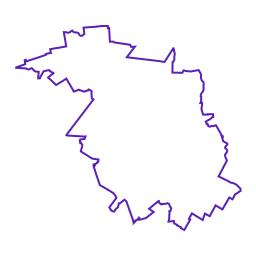 outline of Nojorid, Bihor, Romania
{"feature_id": "2599482B66064237365593", "entity_name": "Nojorid", "entity_type": "district", "adm_level": 2, "iso_a3": "ROU", "parent_name": "Romania", "parent_adm1": "Bihor", "projection": "albers", "projection_center": [21.85, 46.97], "detail": "fine", "context": "isolated", "style": "outline", "palette": "violet", "viewbox_px": 256, "rotation_deg": 0, "n_neighbors": 0, "source": "geoboundaries", "source_scale": "gbopen_adm2", "svg_char_len": 5492}
<svg xmlns="http://www.w3.org/2000/svg" viewBox="0 0 256 256"><path d="M202.7,220.0L204.9,213.6L209.7,216.2L215.6,205.4L222.4,209.4L227.7,200.3L229.3,197.5L232.5,199.3L232.7,198.9L233.3,198.0L233.8,196.8L234.2,195.7L235.1,194.6L235.1,194.3L237.6,192.9L238.9,191.9L240.6,190.8L240.4,188.5L238.8,187.1L237.1,185.3L236.4,184.6L233.5,183.2L231.7,182.8L231.2,182.8L227.4,180.7L218.6,176.4L226.9,160.6L226.4,159.3L225.4,157.2L225.2,156.4L225.1,155.2L225.0,154.8L225.9,153.5L226.8,152.2L227.1,151.6L227.3,150.7L227.1,150.0L226.6,149.4L225.9,148.8L225.5,148.4L225.3,148.1L225.1,147.8L225.1,147.5L225.5,146.5L227.3,144.7L227.3,143.5L223.3,141.3L222.3,138.2L222.0,137.2L222.9,137.0L222.5,135.8L221.5,135.8L220.7,133.5L216.0,125.3L215.5,125.3L214.9,125.6L214.5,125.8L213.8,126.1L212.9,126.2L212.2,126.0L211.9,125.9L211.5,126.0L211.0,126.2L210.4,126.6L210.2,126.6L209.8,126.6L208.5,126.3L208.3,126.1L208.4,125.8L207.6,124.0L206.9,124.3L206.5,123.7L206.0,122.2L205.8,121.6L209.4,119.5L210.8,118.6L211.4,118.1L212.5,117.1L213.2,117.0L213.0,114.2L210.0,114.2L207.8,114.2L207.7,114.2L207.7,114.6L203.1,114.6L202.5,112.6L202.1,111.3L201.9,110.7L201.7,109.8L201.4,108.4L201.4,108.2L201.6,107.6L201.9,106.7L201.9,106.4L201.9,105.9L202.1,105.1L202.2,104.4L202.1,103.3L202.0,102.9L201.5,102.9L200.4,103.0L201.2,101.4L201.1,101.2L201.0,101.3L201.2,99.9L201.3,99.3L201.1,98.6L201.1,97.9L201.2,96.7L200.6,96.2L201.0,94.5L201.6,93.1L202.6,91.9L203.0,91.1L203.2,90.5L203.7,89.3L203.5,87.4L203.5,86.7L203.5,85.4L203.8,84.7L203.6,83.8L203.7,83.1L203.3,81.9L202.1,80.9L201.5,79.8L201.1,78.3L200.9,76.8L201.1,75.4L201.0,74.6L200.5,73.2L199.8,72.2L199.3,71.1L198.9,70.5L198.6,70.1L195.2,70.7L190.7,71.5L189.9,71.4L185.8,71.0L183.9,70.4L183.5,70.5L182.4,72.8L178.1,72.7L172.4,72.6L172.6,62.0L173.1,61.9L174.3,60.0L174.3,59.7L174.3,58.6L174.3,57.4L174.4,56.1L174.8,53.9L174.3,51.8L174.0,51.1L174.1,49.7L173.6,48.9L173.5,48.6L173.5,48.4L173.3,48.3L164.5,62.0L158.5,61.0L127.1,57.3L126.8,57.2L134.9,46.7L131.4,46.9L131.1,46.8L130.5,45.6L130.2,44.8L124.9,44.0L119.6,43.2L117.6,42.9L113.6,42.2L113.4,41.9L113.3,41.7L113.1,41.6L109.9,41.7L109.1,28.1L107.9,28.1L107.8,26.0L104.6,26.0L103.3,26.0L101.1,26.1L100.6,26.2L96.9,26.5L96.5,26.8L96.3,26.8L94.8,26.8L83.6,27.6L84.3,34.1L83.4,34.6L83.0,34.9L82.6,35.4L82.4,35.6L81.8,35.7L81.1,35.9L80.5,35.7L80.2,35.6L79.6,35.1L79.0,34.3L78.7,33.6L78.4,33.1L77.5,32.6L77.1,32.6L76.7,32.5L76.3,32.4L75.7,32.5L75.4,32.5L73.6,32.1L73.2,31.7L72.9,31.4L72.6,30.8L72.4,30.6L71.9,30.7L71.5,30.9L71.2,31.1L70.2,32.0L69.3,32.5L68.7,32.7L68.3,32.7L67.8,32.7L66.1,32.3L65.3,32.1L64.4,32.1L64.2,32.1L63.8,32.1L63.9,32.6L65.0,39.0L66.2,46.4L59.8,47.6L54.9,48.3L50.2,49.2L50.9,53.0L47.7,53.5L46.1,53.9L46.1,54.6L46.0,54.8L38.5,57.4L26.1,61.4L25.8,59.8L24.7,60.2L25.2,64.2L17.0,67.1L15.4,67.8L26.0,68.4L27.6,69.3L27.9,69.4L28.2,69.5L29.5,69.2L29.8,69.1L30.2,68.8L30.5,68.6L31.2,68.3L31.5,68.2L32.0,68.4L32.3,68.6L33.3,69.7L34.3,70.8L34.6,71.1L34.9,71.2L35.8,71.5L36.9,71.6L38.3,71.9L38.7,71.9L38.2,77.0L38.2,78.4L39.9,78.3L40.5,76.7L42.0,74.1L43.4,71.5L44.2,71.2L47.2,70.4L48.6,70.3L48.8,70.1L49.2,70.2L49.5,70.5L49.7,70.8L49.9,71.0L50.1,71.3L50.3,71.4L50.6,71.5L50.9,71.5L51.1,71.7L51.5,72.1L52.8,72.6L53.0,72.7L53.3,73.0L53.5,73.2L49.5,76.3L48.1,77.6L48.3,77.8L48.8,78.2L49.9,79.1L50.8,79.9L54.0,83.0L56.1,85.0L56.9,84.5L60.1,82.5L60.5,82.3L63.0,80.8L66.3,78.6L69.8,84.5L71.0,86.6L72.3,88.8L73.7,91.4L73.8,91.6L79.0,89.7L79.3,89.9L79.7,90.2L80.3,90.3L82.5,91.1L84.6,91.6L85.4,91.4L85.7,91.0L86.3,90.7L86.7,90.6L87.8,90.7L88.5,89.5L90.0,90.0L91.6,91.2L91.5,94.0L91.7,96.2L91.8,98.3L93.4,99.5L67.7,133.2L66.4,135.1L67.1,135.5L75.0,136.0L83.6,136.5L84.8,136.5L85.2,136.4L85.4,136.4L85.5,136.4L84.7,138.9L81.1,139.4L80.4,139.5L80.1,139.7L79.9,139.9L79.9,140.5L80.0,142.4L80.1,142.7L80.2,142.9L80.8,142.5L81.8,144.2L82.4,145.3L82.4,145.6L81.8,147.5L81.6,148.3L80.8,151.4L92.2,158.6L98.4,159.5L98.3,161.8L97.1,162.3L97.0,163.1L96.1,163.6L93.5,164.5L93.5,165.4L94.8,165.4L94.2,166.5L93.8,167.0L94.4,168.6L95.0,170.7L95.3,171.5L95.7,172.6L95.9,173.6L96.3,174.7L96.5,175.5L96.7,176.0L96.8,176.0L97.4,177.9L98.4,180.7L98.4,180.8L99.8,184.9L100.0,185.2L104.4,187.7L105.4,188.3L108.9,190.3L112.2,192.4L112.8,192.7L112.8,192.8L113.4,193.1L113.6,193.6L113.7,193.8L114.5,194.5L115.0,195.1L115.4,195.7L115.9,196.9L116.4,197.7L116.3,197.9L116.1,198.2L115.2,199.6L114.5,200.5L112.6,203.0L110.4,206.0L109.3,207.6L111.3,210.2L111.2,210.4L112.9,211.4L113.4,211.5L114.1,211.5L114.4,211.4L114.6,211.1L114.8,210.4L115.8,209.1L116.0,208.8L116.4,208.4L116.9,208.2L117.7,207.6L118.0,207.2L118.8,203.6L119.1,203.8L120.7,202.7L124.5,199.7L126.4,201.4L129.8,211.1L132.8,219.5L133.1,220.9L133.5,221.5L133.6,223.1L135.4,221.4L135.1,220.8L136.3,220.2L137.3,219.6L137.5,219.4L137.6,219.5L137.8,219.3L138.1,219.0L139.0,217.6L139.3,217.9L138.9,218.7L138.8,219.3L138.7,219.5L138.8,219.7L139.0,219.8L139.3,219.8L139.7,219.7L142.6,219.0L146.2,217.9L153.6,212.0L149.1,208.8L157.7,201.6L158.6,201.1L158.9,201.1L158.7,202.6L160.7,203.7L160.8,204.0L161.1,204.2L161.6,204.1L161.7,204.4L162.1,204.4L162.7,204.1L163.2,204.0L163.6,203.8L163.8,203.8L164.1,203.8L164.3,203.8L164.6,203.8L165.2,203.8L165.9,203.8L167.5,203.2L169.1,204.0L169.9,206.4L171.3,208.2L170.4,211.0L169.3,211.2L169.6,213.9L169.2,214.7L169.3,216.3L169.2,218.7L168.9,219.8L168.5,221.6L173.9,221.0L174.2,223.5L174.7,223.6L177.1,224.9L177.0,225.3L181.0,227.3L180.9,228.1L184.3,230.0L190.2,219.6L188.9,218.9L191.9,213.4L202.7,220.0Z" fill="none" stroke="#5b21b6" stroke-width="2"/></svg>